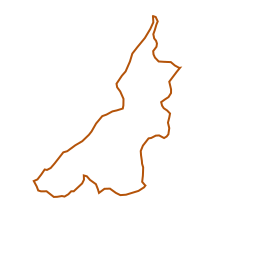 outline of Älmhult, Kronoberg, Sweden, rotated 128°
{"feature_id": "70781695B11327054975431", "entity_name": "Älmhult", "entity_type": "district", "adm_level": 2, "iso_a3": "SWE", "parent_name": "Sweden", "parent_adm1": "Kronoberg", "projection": "robinson", "projection_center": [14.182, 56.617], "detail": "fine", "context": "isolated", "style": "outline", "palette": "amber", "viewbox_px": 256, "rotation_deg": 128, "n_neighbors": 0, "source": "geoboundaries", "source_scale": "gbopen_adm2", "svg_char_len": 1461}
<svg xmlns="http://www.w3.org/2000/svg" viewBox="0 0 256 256"><g transform="rotate(128 128 128)"><path d="M212.0,168.1L218.1,167.7L224.3,167.7L227.8,169.6L230.3,163.9L232.5,160.3L231.5,157.6L228.0,153.2L228.0,144.0L227.2,143.1L225.8,141.4L222.3,138.2L221.1,135.8L216.9,134.2L212.8,133.8L211.3,131.8L199.9,130.0L195.8,130.9L192.6,133.6L191.4,130.7L192.3,126.0L192.0,118.7L194.8,114.0L197.0,110.9L190.4,109.1L186.9,104.9L186.6,97.6L185.6,92.7L181.8,88.5L176.8,85.0L171.1,81.0L164.8,78.8L162.6,78.9L162.6,79.4L161.7,83.7L156.6,86.8L153.5,89.0L149.7,91.8L147.5,94.9L145.3,96.9L141.5,100.9L138.3,103.8L132.7,105.4L123.5,105.4L121.6,103.6L116.9,101.4L114.7,98.9L113.7,93.4L110.9,92.3L108.1,92.3L102.7,95.4L99.2,99.8L94.2,102.0L90.7,103.8L90.1,108.0L90.4,112.0L89.4,114.9L87.2,117.8L82.8,116.5L78.7,115.1L74.0,115.6L71.1,117.8L66.1,124.0L54.1,124.2L48.6,124.1L49.1,124.6L49.9,129.6L49.7,134.8L53.7,140.4L56.7,144.8L55.9,150.1L54.3,153.2L51.9,155.5L46.4,155.6L43.6,157.2L42.0,159.6L41.3,162.5L38.5,165.8L34.3,167.2L29.0,169.3L25.7,170.2L23.5,174.5L24.4,177.2L24.5,177.2L29.1,173.1L36.2,171.4L46.7,170.1L58.2,170.4L66.7,170.4L74.4,167.4L84.9,164.7L90.6,165.0L100.2,164.3L102.6,161.6L104.0,156.6L107.8,149.5L113.1,145.5L115.9,144.1L121.2,147.8L124.5,150.5L130.7,153.2L134.5,155.6L144.1,155.9L153.1,154.6L157.4,154.6L166.5,155.9L174.1,158.9L183.7,161.6L187.0,164.0L200.9,164.0L207.1,164.3L210.9,166.0L212.0,168.1Z" fill="none" stroke="#b45309" stroke-width="2"/></g></svg>